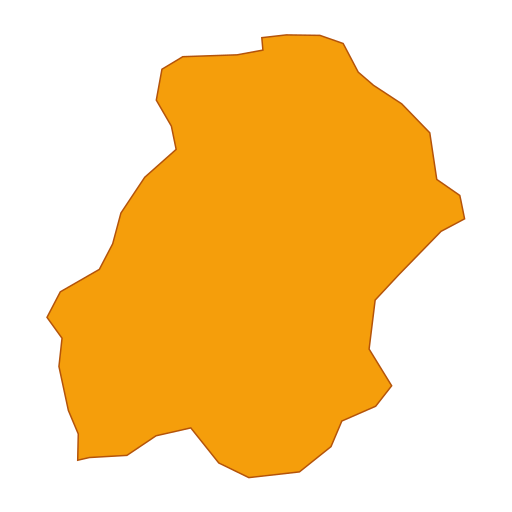 outline of Fagersta, Västmanland, Sweden, rotated 271°
{"feature_id": "70781695B50955826038578", "entity_name": "Fagersta", "entity_type": "district", "adm_level": 2, "iso_a3": "SWE", "parent_name": "Sweden", "parent_adm1": "Västmanland", "projection": "albers", "projection_center": [15.915, 59.966], "detail": "fine", "context": "isolated", "style": "filled", "palette": "amber", "viewbox_px": 512, "rotation_deg": 271, "n_neighbors": 0, "source": "geoboundaries", "source_scale": "gbopen_adm2", "svg_char_len": 713}
<svg xmlns="http://www.w3.org/2000/svg" viewBox="0 0 512 512"><g transform="rotate(271 256 256)"><path d="M34.3,252.7L40.9,303.2L66.7,334.3L92.5,344.7L107.9,378.3L128.6,393.9L164.9,370.7L214.0,375.9L239.9,399.2L283.9,440.6L296.8,463.9L315.0,459.9L320.1,458.7L335.7,435.4L382.2,427.6L410.7,399.0L428.7,370.5L441.6,355.0L466.8,341.2L470.0,339.4L477.7,316.1L477.6,282.5L474.4,258.0L462.0,259.3L456.8,233.5L454.0,179.3L441.1,158.7L410.1,153.6L384.4,169.1L361.2,174.3L332.8,143.4L296.6,120.2L265.7,112.5L239.9,99.6L216.8,61.0L191.0,48.1L170.4,63.5L142.1,60.9L98.3,71.1L75.0,81.4L48.7,81.3L51.6,93.0L54.4,130.4L74.5,159.2L83.0,193.8L48.4,222.4L34.3,252.7Z" fill="#f59e0b" stroke="#b45309" stroke-width="1.5"/></g></svg>